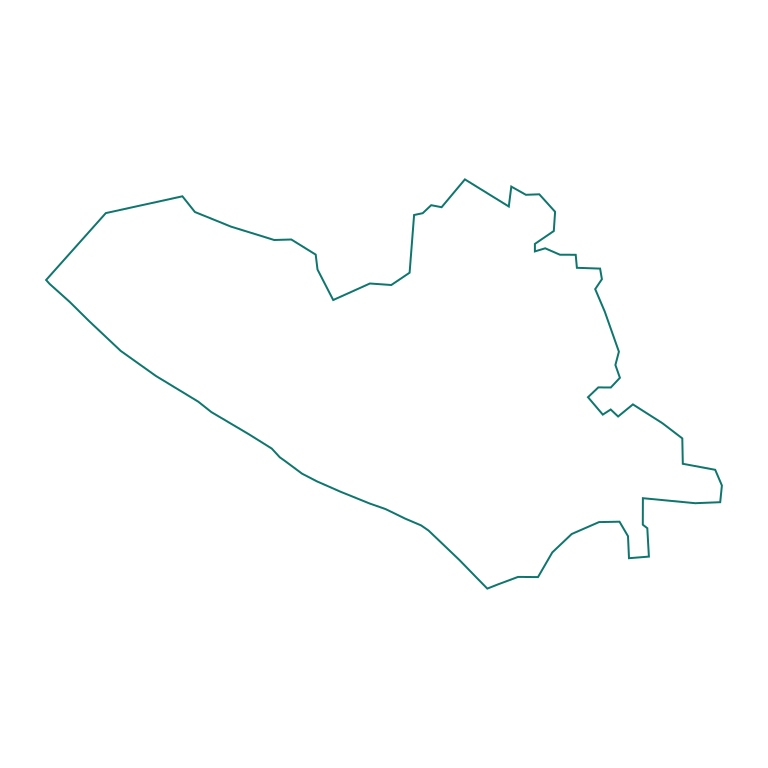 Mirishkar, Kashkadarya, Uzbekistan
{"feature_id": "79887680B34481827361029", "entity_name": "Mirishkar", "entity_type": "district", "adm_level": 2, "iso_a3": "UZB", "parent_name": "Uzbekistan", "parent_adm1": "Kashkadarya", "projection": "orthographic", "projection_center": [65.084, 38.797], "detail": "fine", "context": "isolated", "style": "outline", "palette": "teal", "viewbox_px": 768, "rotation_deg": 0, "n_neighbors": 0, "source": "geoboundaries", "source_scale": "gbopen_adm2", "svg_char_len": 1166}
<svg xmlns="http://www.w3.org/2000/svg" viewBox="0 0 768 768"><path d="M46.1,280.0L49.6,283.9L69.8,302.0L89.1,321.1L120.7,350.9L155.8,375.9L198.3,401.7L211.4,412.1L249.1,434.4L271.8,448.6L279.8,457.3L284.6,460.7L302.1,473.7L317.0,481.4L340.2,491.6L369.9,503.6L385.6,509.1L404.9,518.5L421.1,525.4L428.5,530.5L459.3,559.9L476.8,577.9L487.3,588.6L498.2,584.3L518.1,576.9L538.0,577.1L552.3,552.4L571.7,534.0L599.0,522.1L619.5,521.7L628.0,536.2L629.0,558.2L648.9,556.6L647.3,528.2L642.8,524.7L642.9,498.2L695.2,503.2L720.2,502.2L721.9,485.5L715.2,469.8L682.8,463.8L682.3,438.4L662.4,423.2L632.9,404.4L618.1,416.5L610.7,409.5L602.8,414.6L588.0,397.2L598.3,387.4L610.8,387.5L619.9,377.8L615.4,365.0L618.9,351.7L604.8,311.7L595.2,289.1L601.9,279.2L600.1,268.6L576.9,267.8L575.7,254.8L559.9,254.7L545.2,248.3L534.9,251.4L534.9,243.9L553.8,231.0L555.1,211.8L539.3,194.3L525.9,194.8L511.3,186.6L508.8,206.5L464.9,179.4L441.6,207.2L431.2,205.2L422.7,213.2L414.1,215.0L409.6,272.7L391.3,285.0L369.9,283.5L333.2,300.0L317.5,269.5L315.7,254.6L291.3,239.5L274.2,240.0L230.9,226.6L194.9,212.0L182.4,196.3L105.8,213.1L46.1,280.0Z" fill="none" stroke="#0f766e" stroke-width="2"/></svg>